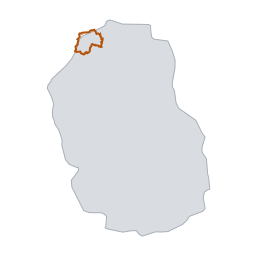 Delchevo, Delčevo, North Macedonia (highlighted), rotated 267°
{"feature_id": "65306769B90097726978799", "entity_name": "Delchevo", "entity_type": "district", "adm_level": 2, "iso_a3": "MKD", "parent_name": "North Macedonia", "parent_adm1": "Delčevo", "projection": "robinson", "projection_center": [22.782, 41.938], "detail": "fine", "context": "in_parent", "style": "outline", "palette": "amber", "viewbox_px": 256, "rotation_deg": 267, "n_neighbors": 0, "source": "geoboundaries", "source_scale": "gbopen_adm2", "svg_char_len": 2911}
<svg xmlns="http://www.w3.org/2000/svg" viewBox="0 0 256 256"><g transform="rotate(267 128 128)"><path d="M114.4,61.0L119.2,61.6L129.4,58.9L135.8,55.2L139.1,54.7L143.4,53.2L149.6,53.4L155.9,55.1L163.9,52.9L171.8,49.5L175.0,50.3L178.4,53.3L180.6,54.1L193.6,69.6L200.8,75.9L209.2,80.6L218.9,84.1L222.3,87.4L228.5,103.9L231.4,110.2L235.5,112.1L236.5,113.9L236.7,116.2L232.1,127.8L230.3,153.8L229.1,155.9L224.3,155.8L217.8,156.3L215.4,158.3L212.8,172.3L202.5,176.3L193.1,178.6L185.2,178.0L171.3,174.7L166.8,174.4L162.9,176.3L150.5,177.3L145.0,179.7L132.2,196.1L119.2,201.7L114.8,204.5L104.9,200.9L100.1,200.6L93.3,204.7L78.2,205.1L74.2,205.9L62.6,206.5L62.1,204.3L60.0,201.0L54.6,199.4L43.6,200.8L40.9,198.3L36.5,184.5L33.0,182.2L29.0,177.6L22.5,162.5L22.4,155.9L22.9,150.1L19.3,136.6L21.6,133.2L25.1,131.0L25.2,125.6L24.3,117.3L28.6,101.1L29.7,99.9L30.7,100.7L40.6,102.0L43.2,99.9L44.8,96.7L45.5,84.9L47.9,79.4L71.8,68.9L78.8,68.6L84.2,73.3L88.4,76.4L91.0,76.3L91.9,73.2L94.9,67.3L99.8,63.9L114.3,61.0L114.4,61.0Z" fill="#d9dde1" stroke="#a8b0b8" stroke-width="1"/><path d="M218.2,107.3L217.8,106.6L218.3,106.0L218.9,106.3L219.8,106.2L220.2,105.6L222.8,105.2L222.2,104.8L222.9,104.5L223.9,103.3L223.6,101.6L224.4,101.5L224.8,101.0L225.7,100.9L226.6,100.4L227.1,99.5L227.8,99.5L227.8,99.4L227.7,98.7L227.7,98.3L227.6,98.0L227.5,97.8L227.5,97.7L227.4,97.5L227.4,97.4L227.6,97.0L227.5,96.7L227.4,96.5L227.3,96.4L227.2,96.2L227.2,95.8L227.2,95.7L227.0,95.1L226.3,95.0L226.2,94.8L226.0,94.6L225.9,94.4L225.7,93.7L225.7,93.0L225.7,92.4L225.6,91.8L225.5,91.5L225.5,91.1L225.7,90.6L225.7,90.1L225.7,89.7L225.7,89.4L225.5,89.1L225.5,88.4L225.6,87.7L225.6,87.4L225.4,87.1L225.2,86.8L224.6,86.6L224.6,86.4L224.8,85.8L225.0,85.6L225.0,85.2L225.0,84.7L224.9,84.5L224.7,84.4L224.0,84.2L223.7,84.1L222.9,84.3L222.6,84.4L222.2,84.6L221.6,84.5L221.4,84.5L221.3,84.4L221.2,84.3L221.1,84.2L220.9,84.0L220.6,83.8L220.3,83.6L219.9,82.9L219.6,82.4L219.2,82.1L219.0,82.3L218.9,82.5L218.6,82.8L218.2,82.9L217.6,82.9L217.1,82.8L216.7,82.5L216.1,82.3L215.8,82.3L215.6,82.3L215.3,82.2L215.2,82.1L214.9,81.9L214.7,81.9L214.3,82.1L214.2,82.1L213.7,81.9L213.5,81.7L213.4,81.5L213.2,81.1L213.1,80.9L212.9,80.7L212.7,80.6L212.4,80.2L212.2,79.9L211.8,79.8L211.1,79.9L210.4,80.2L210.2,80.2L209.3,80.1L209.0,80.2L208.7,80.0L208.5,79.9L208.4,79.6L208.1,79.4L207.6,79.2L207.4,79.2L206.7,80.1L206.8,84.4L205.3,84.8L204.7,85.6L204.5,86.8L203.8,87.4L203.8,87.9L204.5,89.0L204.9,89.0L204.9,89.4L206.0,90.3L205.8,90.7L205.2,90.8L204.8,91.3L206.0,93.3L207.4,94.1L208.2,93.9L209.4,94.3L209.8,94.2L210.7,94.7L211.3,95.5L212.3,95.7L213.4,96.2L213.7,96.8L212.8,98.0L212.8,98.5L212.6,98.8L212.8,99.4L212.1,99.9L212.3,100.6L211.7,102.8L210.8,103.4L210.8,104.2L210.4,104.7L210.4,105.8L211.2,105.7L211.9,105.4L214.4,106.5L215.0,106.2L215.0,105.8L215.2,105.7L215.7,106.7L216.5,106.7L217.3,107.3L218.2,107.3Z" fill="none" stroke="#b45309" stroke-width="2"/></g></svg>